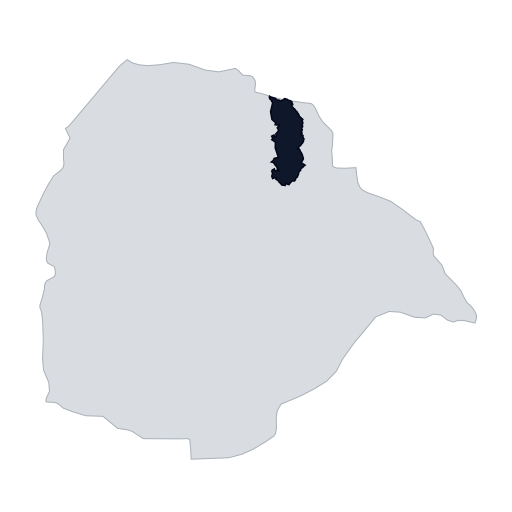 Matobo, Matabeleland South, Zimbabwe shown in context, rotated 178°
{"feature_id": "62879985B11044582115440", "entity_name": "Matobo", "entity_type": "district", "adm_level": 2, "iso_a3": "ZWE", "parent_name": "Zimbabwe", "parent_adm1": "Matabeleland South", "projection": "mercator", "projection_center": [28.344, -20.969], "detail": "fine", "context": "in_parent", "style": "filled", "palette": "ink", "viewbox_px": 512, "rotation_deg": 178, "n_neighbors": 0, "source": "geoboundaries", "source_scale": "gbopen_adm2", "svg_char_len": 7217}
<svg xmlns="http://www.w3.org/2000/svg" viewBox="0 0 512 512"><g transform="rotate(178 256 256)"><path d="M377.9,456.8L372.8,453.3L365.9,451.1L357.1,450.0L345.6,450.5L331.5,452.3L316.3,450.0L300.2,443.6L286.7,441.3L270.7,444.1L270.0,444.2L267.2,442.0L262.8,437.2L255.5,436.4L253.5,435.3L251.9,433.5L250.8,431.3L250.4,428.8L251.6,421.0L251.0,420.1L249.0,419.2L245.0,418.3L235.4,414.7L223.3,411.3L203.6,407.6L196.0,406.6L194.2,405.5L192.0,402.6L188.2,393.7L184.7,387.8L176.2,378.8L174.8,375.9L175.3,368.8L175.9,363.0L176.8,358.0L176.4,353.4L176.3,347.7L176.5,343.9L175.4,342.3L172.3,341.1L163.6,340.6L153.0,340.8L152.7,335.0L151.7,326.0L149.7,320.9L147.3,318.2L142.4,315.4L132.6,311.6L119.2,305.8L107.8,297.2L94.7,286.5L90.6,284.6L85.7,274.6L78.4,257.5L78.9,251.8L77.7,249.0L70.6,240.6L69.0,236.2L67.7,231.8L56.4,219.5L52.5,214.2L49.5,207.3L46.6,201.8L44.1,199.6L40.9,195.9L38.6,191.6L37.6,188.4L38.4,184.2L39.5,181.3L50.4,184.3L56.3,184.6L60.9,183.1L66.6,185.1L73.5,190.6L80.9,191.7L89.0,188.2L99.9,189.3L113.6,194.8L124.9,195.9L138.4,191.0L150.5,177.4L161.8,164.7L173.0,150.0L179.7,138.1L189.6,128.5L202.6,121.1L215.8,114.8L236.1,107.1L240.1,100.8L241.5,93.9L241.5,84.4L242.5,78.2L244.6,75.3L248.0,73.1L252.4,70.3L265.7,63.0L276.9,58.4L290.5,55.3L305.4,55.3L319.7,55.2L327.9,55.2L328.0,64.4L328.6,74.8L330.2,75.8L341.0,76.0L358.3,76.7L375.0,77.4L385.7,84.9L389.3,86.5L400.4,88.6L414.5,101.1L431.6,102.3L443.3,106.2L453.6,110.5L459.5,115.7L463.4,116.9L468.6,117.2L471.1,117.7L470.5,121.4L467.1,127.8L467.5,136.8L472.3,149.4L472.9,160.3L471.5,179.6L471.5,198.3L472.0,205.0L472.8,209.5L473.8,211.9L473.6,214.7L470.8,222.5L468.5,230.9L468.4,234.2L467.5,236.5L465.9,238.6L458.4,242.4L457.1,244.8L457.2,249.1L458.1,252.7L460.9,254.1L464.3,256.1L465.6,258.8L465.6,261.7L464.5,267.0L461.5,275.7L464.5,285.8L467.9,292.4L472.5,299.9L474.4,304.6L474.3,308.0L473.6,311.3L466.7,325.1L461.7,333.8L455.6,343.0L447.6,348.9L445.5,351.6L444.7,354.8L445.0,361.8L444.6,369.1L437.7,380.3L442.0,390.0L441.0,390.8L438.7,392.2L428.8,403.1L418.8,414.1L411.5,422.2L403.2,431.4L393.9,441.7L385.9,450.5L377.9,456.8Z" fill="#d9dde1" stroke="#a8b0b8" stroke-width="1"/><path d="M221.3,326.2L220.4,326.3L219.9,327.0L219.6,327.3L219.3,327.7L219.2,327.9L219.1,328.0L218.0,329.0L217.5,329.7L216.6,329.8L216.0,329.7L215.3,329.5L214.7,329.8L213.9,331.0L213.6,331.9L213.4,332.2L213.0,333.1L212.7,333.8L212.0,333.4L211.1,335.3L210.7,336.4L210.3,337.6L210.2,339.0L208.5,339.8L208.4,341.4L207.3,342.2L207.0,342.4L206.0,343.1L205.5,343.6L204.7,344.4L203.7,345.1L206.1,346.7L207.5,347.7L205.3,351.2L205.3,352.2L205.4,352.3L205.5,352.4L205.6,352.6L205.5,352.8L205.7,353.2L205.7,353.4L205.7,353.6L205.8,353.9L205.9,354.5L206.0,354.7L206.0,354.9L206.1,355.1L206.2,355.5L206.3,355.8L206.4,356.0L206.5,356.4L206.5,356.5L206.8,356.8L206.9,357.0L207.0,357.1L207.0,357.4L207.1,357.5L207.3,357.9L207.5,357.9L207.6,358.0L207.7,358.4L207.9,358.8L208.1,359.3L208.3,359.7L208.3,360.0L208.6,360.7L209.0,361.4L209.1,361.5L209.4,361.5L209.5,361.6L209.8,361.5L210.2,361.4L210.4,361.3L210.5,361.4L210.5,361.6L210.6,361.8L210.8,362.1L207.0,365.5L206.7,365.9L206.6,366.1L206.7,366.3L206.7,366.2L206.8,366.4L206.6,366.6L206.4,366.7L206.1,366.8L205.9,366.9L205.9,367.1L205.8,367.4L205.6,367.6L205.3,367.7L205.1,367.8L205.0,368.0L205.0,368.3L204.9,368.6L204.7,368.9L204.6,369.0L204.8,369.3L204.8,369.5L204.5,369.9L204.1,370.5L204.0,370.9L204.0,371.1L204.0,371.5L204.3,371.6L204.4,371.8L204.5,372.0L204.6,372.4L204.7,372.8L205.0,373.6L204.8,374.5L204.8,374.8L206.3,375.5L206.6,375.3L206.4,375.7L206.5,375.9L206.4,376.0L206.2,376.1L205.9,376.1L206.0,376.5L205.9,376.7L206.1,376.7L206.0,376.8L206.1,377.0L206.1,377.4L206.2,377.5L205.8,377.7L205.8,377.8L205.8,378.0L206.1,378.3L206.2,378.7L206.3,378.8L206.4,379.0L206.3,379.4L206.2,379.6L205.6,379.9L205.6,380.1L205.5,380.3L205.3,380.4L205.3,380.5L205.6,380.8L205.6,381.4L205.8,381.8L205.8,382.4L205.5,382.9L205.3,383.1L205.1,383.2L205.0,383.4L204.9,383.5L204.8,383.9L204.9,384.2L205.1,384.5L205.2,384.9L205.2,385.2L205.1,385.4L205.0,385.6L205.0,385.8L205.1,386.0L204.8,386.5L205.1,386.7L205.2,386.9L205.2,387.0L204.8,387.4L204.8,387.5L205.0,387.7L205.0,387.8L204.9,387.9L204.6,388.0L204.9,388.6L205.1,389.1L205.3,389.5L205.3,389.9L205.1,390.0L204.9,390.0L204.7,390.3L204.4,390.7L204.4,390.9L204.5,391.0L204.8,391.4L205.2,391.5L205.5,391.6L205.9,392.3L206.2,392.7L206.3,392.8L206.7,392.9L206.8,393.0L206.9,393.3L207.4,393.7L207.5,393.8L207.9,394.2L208.0,394.3L208.0,395.0L208.1,395.4L208.3,395.7L208.4,395.9L208.6,396.1L208.7,396.7L208.9,396.8L209.2,396.6L209.4,396.7L209.4,396.9L209.3,397.2L209.4,397.5L209.5,397.6L209.6,398.1L209.6,398.3L210.1,398.6L210.2,398.8L210.3,399.1L210.5,399.4L210.7,399.5L211.1,399.6L211.3,399.7L211.5,400.0L211.5,400.3L211.6,400.6L212.0,401.1L212.1,401.4L212.3,401.7L212.8,401.8L213.0,401.7L213.3,401.8L213.4,402.1L213.4,402.4L213.4,402.6L213.6,402.9L213.8,403.1L214.3,403.5L214.6,403.9L215.0,404.3L215.0,404.6L214.8,404.9L214.9,405.5L214.9,405.8L214.7,405.9L214.1,405.9L214.1,406.0L214.0,406.3L214.2,406.7L214.3,407.3L214.5,407.6L214.7,407.8L215.0,407.7L215.2,407.8L215.3,408.3L215.4,408.5L215.5,408.9L215.5,409.1L215.4,409.2L215.2,409.2L215.4,409.4L215.9,409.7L216.3,410.0L217.1,410.2L217.4,410.4L218.2,410.5L218.7,411.0L219.2,411.5L219.6,411.6L220.2,411.7L220.4,411.8L221.2,412.1L221.7,412.4L222.1,412.2L222.5,412.0L222.9,411.6L223.0,411.5L223.4,411.0L223.7,410.7L223.9,410.7L224.1,410.7L224.5,410.8L224.8,410.7L225.2,410.3L225.5,410.0L225.8,409.9L226.1,409.9L226.4,410.1L226.7,410.6L227.0,410.8L227.6,410.8L227.8,410.9L228.0,411.0L228.6,411.2L228.9,411.2L229.3,411.2L229.6,411.3L230.1,411.5L230.4,411.9L230.5,412.3L230.8,412.7L231.0,412.8L231.6,413.0L232.6,413.4L233.4,413.6L234.4,413.9L235.1,414.2L235.4,414.3L235.5,414.2L236.6,414.9L236.9,415.2L237.2,414.3L236.8,413.9L236.9,413.3L236.9,412.9L236.3,412.3L236.3,412.0L235.9,411.9L235.8,411.6L235.4,411.6L235.1,411.5L235.0,411.4L234.9,411.2L234.6,410.9L234.5,410.6L234.6,410.3L234.9,410.3L235.0,410.1L234.9,409.9L234.5,409.9L234.4,409.8L234.3,409.5L234.3,409.2L234.2,408.9L234.0,408.5L234.4,407.2L236.4,399.7L235.5,393.3L235.5,393.2L235.3,391.9L231.6,388.4L232.2,387.1L232.4,386.5L230.9,386.3L228.2,385.8L230.3,383.5L229.0,380.5L232.1,377.1L231.3,375.4L232.7,374.2L233.8,376.3L235.6,375.5L236.2,375.2L235.5,373.8L235.1,373.0L236.2,371.7L235.6,371.3L232.6,369.0L233.0,364.0L233.0,363.3L231.2,357.1L230.2,353.7L231.5,353.6L234.5,352.9L235.2,351.3L235.3,351.2L235.4,350.9L237.4,349.4L234.8,348.6L234.8,348.4L234.9,348.2L234.7,347.8L234.4,347.5L234.3,347.2L234.1,347.0L234.1,346.8L233.7,346.4L233.6,346.1L233.2,345.8L232.8,345.3L232.8,345.0L232.7,344.9L232.4,344.7L232.2,344.6L232.2,344.3L232.1,344.1L231.8,343.4L231.7,343.2L231.6,342.8L231.7,342.5L231.6,342.4L231.5,342.1L231.4,341.9L231.5,341.8L231.3,341.6L231.2,341.4L231.0,341.2L230.8,341.1L230.7,340.8L230.3,340.5L233.3,340.7L234.6,341.0L234.7,342.1L234.7,342.4L235.5,342.0L236.8,341.4L237.1,340.5L237.3,339.6L236.4,338.7L237.5,335.2L237.2,334.3L236.7,332.8L236.3,333.0L235.9,333.1L235.5,333.2L233.7,333.7L233.4,332.0L231.5,330.8L231.0,330.1L230.3,329.0L228.9,327.6L228.4,326.9L227.4,325.8L225.8,325.8L224.4,325.4L223.6,327.6L221.3,326.2Z" fill="#0f172a" stroke="#020617" stroke-width="1.5"/></g></svg>